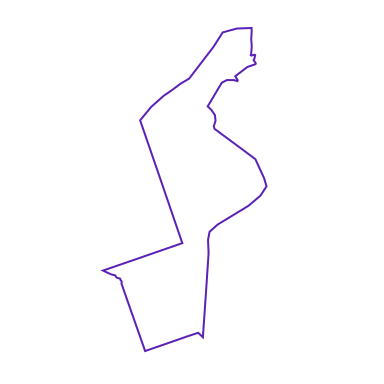 Al Dibab, South Kordufan, Sudan (orthographic projection), rotated 71°
{"feature_id": "16777658B84287593257313", "entity_name": "Al Dibab", "entity_type": "district", "adm_level": 2, "iso_a3": "SDN", "parent_name": "Sudan", "parent_adm1": "South Kordufan", "projection": "orthographic", "projection_center": [28.672, 10.319], "detail": "fine", "context": "isolated", "style": "outline", "palette": "violet", "viewbox_px": 384, "rotation_deg": 71, "n_neighbors": 0, "source": "geoboundaries", "source_scale": "gbopen_adm2", "svg_char_len": 1200}
<svg xmlns="http://www.w3.org/2000/svg" viewBox="0 0 384 384"><g transform="rotate(71 192 192)"><path d="M83.8,157.7L85.9,167.6L89.3,178.3L91.8,187.4L98.2,202.8L107.3,217.7L130.4,217.7L157.1,217.7L170.6,217.7L229.6,217.8L237.2,217.8L237.2,220.0L237.3,293.4L237.3,299.9L237.3,301.7L238.8,300.2L240.8,298.2L241.2,297.7L243.5,295.3L244.4,293.9L245.0,293.2L245.4,292.3L245.8,291.8L247.0,291.5L247.7,291.4L248.9,290.6L249.8,289.2L250.4,288.3L251.1,288.1L251.6,288.3L252.3,288.1L253.1,287.8L253.7,287.7L254.4,287.8L255.2,288.3L255.8,288.5L256.8,288.5L275.5,288.4L327.1,288.1L327.0,245.3L326.9,243.7L327.0,243.3L327.1,232.4L327.1,232.0L327.3,231.9L332.9,229.0L292.3,211.8L255.4,196.3L242.4,192.4L235.3,188.3L231.1,178.3L223.4,143.0L217.7,128.4L210.9,119.7L202.6,119.3L181.6,121.4L177.0,124.5L164.7,132.9L139.7,150.1L137.0,150.0L132.2,146.5L126.7,145.3L120.6,147.0L116.2,149.3L98.4,128.3L97.5,122.6L99.1,118.0L99.8,116.0L101.9,113.1L101.2,112.4L96.6,113.4L91.8,98.9L91.8,90.4L91.0,89.8L87.3,90.8L86.7,89.9L83.1,87.7L82.6,88.1L82.4,89.4L82.3,91.5L81.7,91.9L80.9,91.2L73.8,88.1L66.6,86.2L59.9,83.4L56.3,82.3L52.0,96.6L51.1,111.0L61.8,124.5L83.8,157.7Z" fill="none" stroke="#5b21b6" stroke-width="2"/></g></svg>